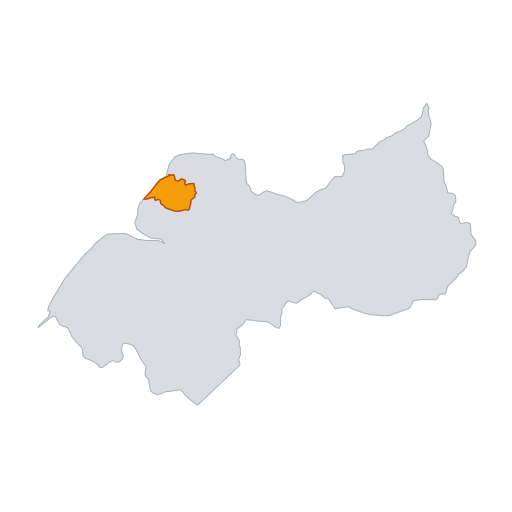 Mahaica-Berbice on a map of Guyana (Albers equal-area conic projection), rotated 268°
{"feature_id": "GUY-679", "entity_name": "Mahaica-Berbice", "entity_type": "Region", "adm_level": 1, "iso_a3": "GUY", "parent_name": "Guyana", "parent_adm1": "", "projection": "albers", "projection_center": [-57.805, 6.276], "detail": "fine", "context": "in_parent", "style": "filled", "palette": "amber", "viewbox_px": 512, "rotation_deg": 268, "n_neighbors": 0, "source": "natural_earth", "source_scale": "10m", "svg_char_len": 5341}
<svg xmlns="http://www.w3.org/2000/svg" viewBox="0 0 512 512"><g transform="rotate(268 256 256)"><path d="M147.7,236.2L135.2,222.1L122.5,207.8L110.1,193.7L109.3,191.8L114.6,185.2L119.2,180.5L123.2,177.8L125.0,175.4L123.7,165.1L123.8,161.5L122.0,157.4L120.7,152.9L122.3,149.2L124.2,146.6L126.6,145.6L132.5,144.7L136.6,144.4L138.0,142.9L140.5,141.1L143.6,141.1L149.7,142.3L152.5,140.1L157.6,137.0L169.0,131.8L171.6,128.3L173.4,123.0L173.2,120.5L172.0,119.5L169.2,118.6L164.9,118.5L161.4,119.9L157.9,119.1L154.9,115.8L154.7,113.0L156.5,109.2L155.5,106.6L149.9,98.5L149.9,96.3L154.1,92.6L156.4,89.6L159.6,82.2L162.2,79.7L170.1,78.9L172.1,77.3L176.2,73.4L182.2,69.0L190.9,65.4L193.4,58.9L194.9,57.2L201.8,53.8L203.0,51.9L202.9,50.3L191.9,35.7L194.1,36.7L202.6,46.3L207.3,48.3L208.3,48.4L208.4,45.9L212.7,47.0L223.9,53.5L240.3,64.3L263.4,84.7L269.9,92.5L274.4,96.1L281.2,105.0L283.2,109.3L283.0,126.6L276.9,138.2L275.4,147.0L275.0,158.7L271.5,165.4L276.2,161.8L277.7,151.2L281.7,144.8L286.9,137.8L293.8,136.1L301.3,139.1L307.3,139.6L312.7,141.7L324.0,153.0L335.0,161.9L339.0,169.0L350.7,172.5L357.7,178.2L359.9,183.0L361.3,195.8L359.0,215.0L359.7,215.9L356.5,219.7L355.9,222.1L353.9,226.4L352.3,228.7L354.6,234.0L357.3,234.3L358.3,235.0L358.9,236.0L358.8,237.1L357.8,238.1L355.2,239.4L352.8,242.5L353.1,245.9L351.6,247.6L346.7,248.6L337.2,248.6L332.6,248.8L328.8,249.4L326.4,251.6L323.3,253.1L320.8,253.5L318.7,256.0L316.5,259.6L317.3,262.1L319.5,265.4L320.8,268.8L319.1,274.2L317.2,278.4L316.1,281.7L314.6,287.8L310.9,294.6L308.3,298.5L308.3,302.7L309.6,308.7L317.1,317.4L319.5,321.6L321.6,328.2L328.3,333.5L332.6,337.7L332.2,343.4L332.7,345.1L335.4,346.5L338.5,347.6L342.1,347.5L345.2,347.0L346.0,346.2L353.3,346.1L354.1,347.5L354.5,355.6L354.8,358.9L356.6,360.2L357.6,362.2L357.7,364.0L358.0,368.5L359.1,370.9L358.9,375.7L359.7,377.5L361.7,378.7L364.3,382.2L365.2,382.6L365.7,383.8L367.9,388.7L369.0,390.2L369.8,390.4L370.2,392.1L371.7,396.7L372.8,397.8L374.9,401.2L375.7,404.9L378.4,409.0L381.2,412.0L382.4,415.0L386.0,421.7L389.4,426.3L394.0,427.6L397.9,428.2L400.3,430.0L402.7,432.0L400.2,432.9L397.9,434.1L394.7,433.1L390.3,433.6L385.7,435.0L381.5,435.6L373.5,433.6L371.0,433.3L369.4,432.4L366.0,428.2L364.5,427.7L360.2,429.7L355.1,431.0L352.5,430.8L349.6,432.2L346.8,434.0L341.5,442.1L338.8,445.0L335.9,446.3L330.0,446.3L323.8,446.5L319.1,448.5L314.7,449.5L312.5,449.6L311.8,454.1L310.8,456.1L309.4,457.3L306.0,457.6L302.9,457.5L301.1,455.6L297.6,454.7L294.6,454.0L292.6,453.0L291.0,453.2L289.7,455.1L288.6,456.7L287.7,459.6L283.0,460.5L281.0,462.1L282.2,467.6L281.7,469.7L280.7,471.3L275.1,471.7L270.3,471.5L267.5,473.5L264.1,475.9L262.0,476.3L259.6,476.1L256.3,473.4L253.2,470.1L245.3,467.7L237.4,465.8L232.2,460.5L231.0,457.9L228.6,456.7L222.5,450.4L219.1,446.4L215.5,445.3L211.3,443.6L211.4,440.6L211.2,437.8L209.4,436.7L206.8,435.9L205.9,434.3L206.2,430.6L206.7,421.1L206.0,412.0L200.4,408.8L198.0,406.6L193.8,393.1L191.8,387.0L191.7,382.5L193.2,369.0L194.8,363.2L199.2,351.5L201.7,347.6L201.9,344.6L201.6,340.8L200.4,333.3L207.8,328.6L210.9,326.6L211.5,323.4L215.4,319.4L217.2,315.6L218.6,312.6L218.3,311.0L216.5,310.1L214.5,307.2L210.3,299.0L208.8,297.3L207.5,295.0L208.2,291.4L209.8,287.4L209.6,285.8L207.1,283.6L201.9,280.1L197.5,279.8L194.2,278.5L189.2,278.3L185.3,277.9L183.0,276.5L183.5,274.4L184.5,272.7L187.8,268.6L190.1,264.1L190.4,259.8L191.1,254.1L192.1,249.2L192.6,243.6L187.4,239.9L185.7,236.9L183.6,234.2L181.2,234.2L177.7,233.0L172.0,236.5L167.7,235.9L164.6,237.2L157.6,236.9L153.2,235.1L147.7,236.2Z" fill="#d9dde1" stroke="#a8b0b8" stroke-width="1"/><path d="M316.7,146.1L318.1,147.1L321.3,150.2L323.2,152.1L323.7,153.0L324.8,153.5L326.1,154.8L329.5,157.6L331.4,159.1L332.7,160.2L333.5,161.1L334.4,162.0L335.5,163.2L336.8,166.2L338.6,170.4L339.2,171.3L339.4,172.5L339.7,172.9L340.2,172.2L340.3,172.6L340.0,173.3L339.7,174.4L340.1,175.7L340.1,176.0L340.0,176.4L339.7,176.7L339.1,177.1L338.2,177.3L336.2,177.7L335.8,177.7L335.1,177.8L334.8,178.0L334.5,178.2L334.2,178.5L333.9,178.9L333.8,179.7L333.9,180.6L334.3,182.5L334.5,182.8L334.7,183.0L335.0,183.1L335.4,183.5L335.5,183.8L335.6,184.1L335.6,184.4L335.3,185.4L334.1,187.6L333.8,187.9L333.5,188.1L333.2,188.2L332.9,188.2L332.5,188.0L332.0,187.5L331.8,187.4L331.5,187.2L331.1,187.2L330.6,187.4L329.8,187.7L329.1,188.4L330.1,190.0L330.4,191.5L330.7,194.3L330.5,196.4L329.8,196.6L328.6,196.6L328.2,196.6L326.8,197.2L326.4,197.3L323.7,197.1L323.0,197.3L322.5,197.6L322.2,198.0L321.8,198.4L321.4,198.5L320.9,198.4L319.9,197.4L319.3,197.0L318.5,196.9L317.9,197.0L317.4,196.9L317.0,196.7L315.9,195.2L315.2,194.5L314.8,193.5L314.5,193.1L312.0,192.7L311.5,192.7L309.6,192.3L305.6,191.0L304.7,190.6L304.1,189.5L304.8,187.1L304.8,186.0L304.1,184.1L303.6,181.2L303.5,178.0L303.6,177.1L303.7,176.4L306.9,168.2L307.3,167.4L307.8,166.8L308.3,166.5L308.7,166.3L309.2,165.9L309.7,165.4L310.9,163.5L311.4,163.0L311.6,162.8L311.9,162.7L312.7,162.5L314.4,162.3L314.9,162.2L315.4,161.8L315.6,161.4L315.8,160.9L315.9,160.5L315.9,160.0L315.8,159.6L315.3,158.3L315.2,157.8L315.3,157.3L315.6,156.9L315.9,156.8L316.3,156.7L316.8,156.8L317.2,156.9L317.6,156.9L318.1,156.9L318.6,156.6L318.6,156.3L318.2,155.5L318.0,155.1L317.9,154.7L318.1,153.2L318.0,152.6L317.8,152.1L317.3,151.2L317.0,150.3L316.8,149.5L316.7,146.2L316.7,146.1Z" fill="#f59e0b" stroke="#b45309" stroke-width="1.5"/></g></svg>